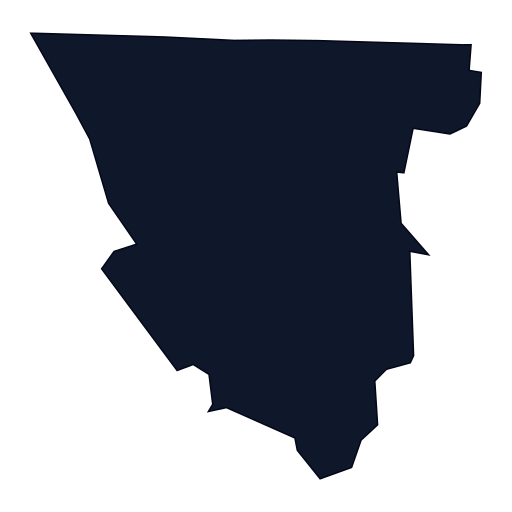 outline of Scott, Tennessee, United States of America
{"feature_id": "52423323B42225822984570", "entity_name": "Scott", "entity_type": "district", "adm_level": 2, "iso_a3": "USA", "parent_name": "United States of America", "parent_adm1": "Tennessee", "projection": "robinson", "projection_center": [-84.482, 36.383], "detail": "fine", "context": "isolated", "style": "filled", "palette": "ink", "viewbox_px": 512, "rotation_deg": 0, "n_neighbors": 0, "source": "geoboundaries", "source_scale": "gbopen_adm2", "svg_char_len": 630}
<svg xmlns="http://www.w3.org/2000/svg" viewBox="0 0 512 512"><path d="M30.7,33.2L75.7,112.9L89.7,139.0L108.6,203.3L136.7,244.1L114.1,251.4L101.6,268.8L177.1,370.5L193.2,364.5L209.0,374.4L212.7,404.3L208.4,411.5L226.4,407.6L294.9,438.0L297.3,450.3L320.1,478.8L351.6,467.4L361.1,440.1L377.6,424.8L374.8,381.0L386.4,369.3L410.3,362.8L413.6,355.6L409.8,251.3L428.6,254.8L401.1,223.3L396.7,172.1L403.9,172.8L413.1,128.3L450.0,134.0L466.5,126.1L479.7,103.3L481.3,72.4L469.1,70.4L471.1,44.7L462.8,44.8L318.6,40.6L270.6,40.0L234.3,40.4L165.5,37.0L36.6,33.3L30.8,33.2L30.7,33.2Z" fill="#0f172a" stroke="#020617" stroke-width="1.5"/></svg>